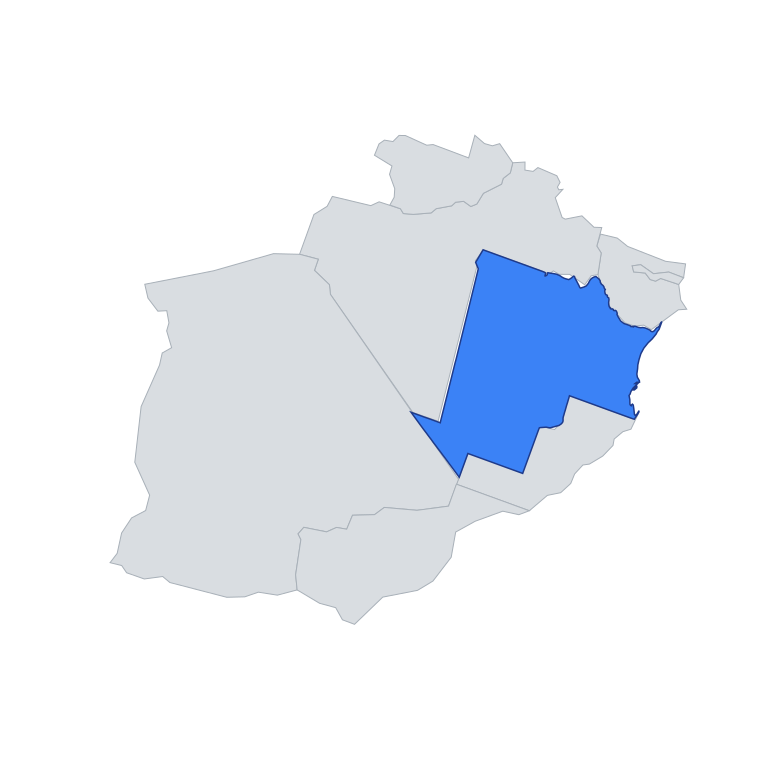 Mauritania shown with its bordering countries, rotated 200°
{"feature_id": "MRT", "entity_name": "Mauritania", "entity_type": "country or territory", "adm_level": 0, "iso_a3": "MRT", "parent_name": "Africa", "parent_adm1": "", "projection": "mercator", "projection_center": [-11.622, 21.016], "detail": "fine", "context": "with_neighbors", "style": "filled", "palette": "blue", "viewbox_px": 768, "rotation_deg": 200, "n_neighbors": 7, "source": "natural_earth", "source_scale": "50m", "svg_char_len": 7182}
<svg xmlns="http://www.w3.org/2000/svg" viewBox="0 0 768 768"><g transform="rotate(200 384 384)"><path d="M281.7,314.6L281.3,349.6L224.0,348.6L224.5,397.8L208.2,399.5L203.9,409.3L207.2,436.5L138.8,436.4L134.9,442.6L136.5,426.0L143.2,420.9L148.9,411.0L147.8,404.6L153.8,391.1L163.6,379.0L169.4,375.9L174.1,364.7L174.5,354.4L180.8,342.3L192.4,335.2L204.1,314.6L281.7,314.6Z" fill="#d9dde1" stroke="#a8b0b8" stroke-width="1"/><path d="M141.1,578.3L133.8,564.3L125.1,557.8L132.8,554.4L151.4,526.5L160.1,528.1L168.6,524.1L178.4,523.9L198.3,534.1L220.4,559.9L224.7,581.4L231.2,586.4L231.9,598.9L214.7,600.9L202.1,596.6L161.4,595.6L141.7,600.0L138.8,586.3L154.7,586.6L168.5,579.8L183.6,583.9L191.2,579.9L187.7,574.7L176.5,577.6L169.6,573.2L164.0,573.5L160.1,577.8L141.1,578.3Z" fill="#d9dde1" stroke="#a8b0b8" stroke-width="1"/><path d="M232.9,605.5L231.2,586.4L224.7,581.4L220.4,559.9L226.3,556.6L229.3,545.9L247.0,550.5L256.9,547.0L263.6,548.2L266.2,544.1L336.4,543.9L340.3,531.1L337.2,528.9L320.4,367.5L347.1,367.1L465.0,449.9L469.2,458.6L488.2,467.0L488.4,478.8L507.7,477.0L507.8,519.3L498.2,531.5L496.7,542.6L457.4,547.1L450.9,553.5L428.5,554.3L424.1,550.8L414.5,553.4L398.2,560.9L394.9,566.6L381.3,574.6L378.9,579.3L371.6,582.9L363.1,580.5L358.3,584.9L355.8,597.2L341.9,612.0L342.3,618.0L337.5,625.6L338.7,635.9L327.4,640.8L324.7,633.2L316.6,634.8L313.4,640.0L292.8,638.8L287.5,633.7L288.4,628.4L286.2,626.3L282.5,628.1L286.8,617.7L273.6,601.4L270.1,600.9L255.5,609.7L240.3,603.1L232.9,605.5Z" fill="#d9dde1" stroke="#a8b0b8" stroke-width="1"/><path d="M338.7,635.9L337.5,625.6L342.3,618.0L341.9,612.0L355.8,597.2L358.3,584.9L363.1,580.5L371.6,582.9L378.9,579.3L381.3,574.6L394.9,566.6L398.2,560.9L414.5,553.4L424.1,550.8L428.5,554.3L439.7,554.2L438.3,563.0L440.7,571.2L450.5,582.9L451.1,591.6L471.2,595.7L470.8,607.9L467.0,613.3L458.5,614.9L454.9,622.7L448.9,624.8L425.5,623.0L419.8,625.8L381.8,625.4L383.7,648.8L371.8,644.3L363.6,644.9L357.5,649.4L338.7,635.9Z" fill="#d9dde1" stroke="#a8b0b8" stroke-width="1"/><path d="M141.1,578.3L160.1,577.8L164.0,573.5L169.6,573.2L176.5,577.6L187.7,574.7L191.2,579.9L183.6,583.9L168.5,579.8L154.7,586.6L138.8,586.3L141.1,578.3Z" fill="#d9dde1" stroke="#a8b0b8" stroke-width="1"/><path d="M281.4,320.0L281.6,291.3L309.8,276.6L341.5,268.1L348.2,258.0L368.7,249.9L369.4,234.8L379.5,233.0L387.4,225.4L410.3,221.9L413.5,213.8L408.9,209.4L401.8,174.5L395.2,160.8L412.0,149.1L430.9,145.4L442.0,136.4L458.8,129.8L517.3,124.2L526.1,127.4L542.6,118.8L561.3,118.6L568.4,123.7L580.3,122.4L576.8,133.6L579.6,154.2L575.4,171.8L564.7,183.6L566.2,199.4L591.4,225.2L604.5,279.7L601.4,325.0L603.0,337.3L596.0,345.5L606.4,359.6L607.0,367.9L613.2,378.6L621.4,375.1L635.2,384.0L642.9,395.9L583.0,432.0L532.4,468.7L507.7,477.0L488.4,478.8L488.2,467.0L469.2,458.6L465.0,449.9L281.4,320.0Z" fill="#d9dde1" stroke="#a8b0b8" stroke-width="1"/><path d="M212.6,307.3L228.9,305.1L251.4,286.2L266.0,269.4L261.6,244.2L270.6,215.6L281.9,201.6L312.3,183.3L329.5,148.1L342.4,148.2L352.9,157.3L369.5,155.9L395.2,160.8L401.8,174.5L408.9,209.4L413.5,213.8L410.3,221.9L387.4,225.4L379.5,233.0L369.4,234.8L368.7,249.9L348.2,258.0L341.5,268.1L309.8,276.6L281.6,291.3L281.7,314.6L204.1,314.6L212.6,307.3Z" fill="#d9dde1" stroke="#a8b0b8" stroke-width="1"/><path d="M218.5,556.4L218.1,556.3L216.3,555.0L215.4,553.4L213.9,552.2L211.9,551.5L210.6,550.6L210.0,549.6L209.2,548.9L208.4,548.6L208.4,548.2L208.5,547.7L208.4,546.8L207.2,544.7L206.1,543.8L205.1,543.9L204.6,543.7L204.2,543.2L204.1,542.6L203.5,542.0L202.3,541.8L201.4,540.2L200.8,537.5L199.9,535.3L198.8,533.7L198.0,533.1L197.4,533.0L197.3,532.8L197.1,532.3L196.2,532.2L195.1,532.7L194.0,532.5L193.5,531.7L192.7,531.7L191.8,532.3L190.8,532.1L189.7,531.1L189.0,530.1L188.9,529.1L187.0,527.2L183.2,524.2L179.2,522.9L174.7,523.0L172.2,522.9L171.7,522.4L171.2,522.5L170.6,523.0L170.0,523.1L169.4,522.8L169.0,523.1L168.9,523.8L167.3,524.2L164.4,524.2L162.0,524.7L160.2,525.6L157.6,526.0L154.2,525.8L152.2,525.5L151.5,525.0L150.6,524.8L149.3,525.1L148.2,526.6L147.3,529.2L146.5,530.7L145.8,531.1L145.1,533.0L144.8,536.3L144.2,537.7L144.2,529.6L145.1,526.5L145.4,523.9L147.5,517.9L149.9,513.1L152.1,506.6L153.0,500.3L152.7,494.1L152.0,488.7L150.9,485.0L149.8,479.8L148.2,477.0L145.2,474.5L144.5,473.1L145.2,472.6L147.0,472.2L148.2,470.3L145.8,471.1L148.6,465.2L149.4,461.3L149.3,458.7L149.8,457.0L147.7,453.5L146.0,449.1L145.2,448.4L144.3,448.1L144.2,449.1L143.7,450.0L142.6,449.5L140.8,446.2L138.2,441.0L137.3,440.5L136.6,441.2L136.1,441.9L135.2,446.2L134.9,444.5L135.3,442.5L135.9,440.0L136.7,436.5L138.9,436.4L142.9,436.4L146.9,436.4L150.9,436.4L154.9,436.4L158.9,436.4L163.0,436.4L167.0,436.4L171.0,436.4L175.0,436.4L179.0,436.4L183.0,436.4L187.0,436.4L191.0,436.4L195.0,436.4L199.0,436.4L203.0,436.4L205.7,436.4L205.5,433.9L205.4,431.9L205.2,429.2L205.1,426.6L204.9,423.9L204.7,421.4L204.6,418.9L204.4,416.6L204.3,414.5L204.1,413.2L203.2,410.8L203.0,409.6L203.3,408.3L203.8,407.1L205.4,404.9L207.8,403.2L210.5,401.3L212.6,399.8L213.7,399.4L216.9,398.9L219.5,397.7L222.0,396.6L223.0,396.0L223.1,394.0L223.1,391.6L223.1,389.0L223.1,386.4L223.1,383.8L223.1,381.2L223.1,378.6L223.1,376.0L223.1,373.4L223.1,370.8L223.1,368.1L223.1,365.5L223.1,362.9L223.1,360.3L223.1,357.6L223.1,355.0L223.1,352.3L223.1,349.7L223.1,347.4L225.8,347.4L229.0,347.4L232.3,347.4L235.5,347.4L238.8,347.4L242.0,347.4L245.3,347.4L248.6,347.4L251.8,347.4L255.1,347.4L258.3,347.4L261.6,347.4L264.8,347.4L268.1,347.4L271.4,347.4L274.6,347.4L277.9,347.4L281.4,347.4L281.4,345.2L281.4,342.0L281.4,337.6L281.4,333.2L281.4,329.3L281.4,325.4L281.4,322.1L284.7,324.3L288.0,326.5L291.3,328.7L294.5,330.8L297.8,333.0L301.1,335.2L304.4,337.3L307.7,339.5L311.0,341.6L314.3,343.8L317.6,345.9L320.8,348.1L324.1,350.2L327.4,352.4L330.7,354.5L334.0,356.7L336.7,358.5L341.0,361.4L344.9,364.0L348.9,366.7L342.8,366.7L334.6,366.7L329.0,366.8L323.3,366.8L317.9,366.8L318.4,371.1L318.9,375.9L319.4,380.7L319.9,385.5L320.4,390.2L320.9,395.0L321.4,399.7L321.9,404.4L322.4,409.1L322.9,413.9L323.4,418.6L323.9,423.2L324.4,427.9L324.8,432.6L325.3,437.3L325.8,441.9L326.3,446.6L326.8,451.2L327.3,455.9L327.8,460.5L328.3,465.1L328.8,469.7L329.3,474.3L329.8,478.9L330.3,483.5L330.8,488.1L331.3,492.7L331.8,497.3L332.3,501.8L332.8,506.4L333.3,511.0L333.8,515.5L334.3,520.1L334.8,524.5L336.9,526.8L339.5,529.7L338.7,533.8L337.8,538.6L336.8,544.0L333.1,544.0L329.6,544.0L326.0,544.0L322.4,544.0L318.9,544.0L315.3,544.0L311.7,544.0L308.2,544.0L304.6,544.0L301.0,544.0L297.5,544.0L293.9,544.0L290.3,544.0L286.8,544.0L283.2,544.0L279.7,544.0L276.1,544.0L272.8,544.0L270.7,543.8L270.0,543.4L269.7,540.7L269.1,540.8L268.4,541.7L268.0,542.5L268.2,543.7L268.1,544.6L265.8,545.0L262.7,545.7L259.4,546.2L256.1,546.0L255.0,545.8L253.8,545.4L251.2,545.0L249.8,545.0L248.1,545.1L246.2,545.3L245.6,545.8L244.1,547.8L242.7,550.2L241.8,550.2L240.8,548.9L238.0,546.4L234.5,543.2L233.0,541.6L232.1,541.4L230.5,542.6L229.1,543.7L227.6,545.2L227.0,546.7L226.4,548.5L226.2,550.6L225.7,553.0L224.5,555.0L223.1,556.5L222.0,557.2L221.6,557.5L218.5,556.4ZM147.0,466.7L145.9,468.5L145.4,467.9L145.2,466.7L146.2,465.0L146.7,464.1L147.5,463.8L147.0,466.7Z" fill="#3b82f6" stroke="#1e3a8a" stroke-width="1.5"/></g></svg>